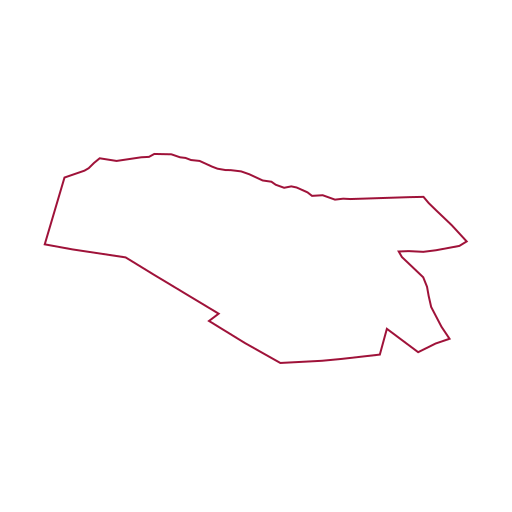 the district of Marilena, Paraná, Brazil, rotated 104°
{"feature_id": "56859067B17884571098695", "entity_name": "Marilena", "entity_type": "district", "adm_level": 2, "iso_a3": "BRA", "parent_name": "Brazil", "parent_adm1": "Paraná", "projection": "natural_earth1", "projection_center": [-53.085, -22.737], "detail": "fine", "context": "isolated", "style": "outline", "palette": "rose", "viewbox_px": 512, "rotation_deg": 104, "n_neighbors": 0, "source": "geoboundaries", "source_scale": "gbopen_adm2", "svg_char_len": 955}
<svg xmlns="http://www.w3.org/2000/svg" viewBox="0 0 512 512"><g transform="rotate(104 256 256)"><path d="M190.9,55.1L178.8,73.5L168.2,92.1L162.9,101.2L158.1,107.8L161.9,121.8L170.5,152.1L174.2,165.1L177.9,178.2L179.3,185.3L182.2,193.0L180.9,206.0L184.1,216.2L181.8,221.4L179.7,233.2L179.9,238.6L183.0,245.2L182.1,254.1L180.2,259.0L181.1,267.8L178.3,282.3L177.5,290.9L178.8,301.3L180.0,306.5L180.6,314.5L179.9,320.3L177.4,333.7L178.6,342.3L177.9,348.1L178.6,353.6L177.8,362.7L181.6,379.4L185.7,383.8L188.0,391.3L197.5,414.3L199.0,431.3L204.9,435.7L211.3,439.6L214.7,443.1L226.2,460.8L295.8,463.8L294.0,435.7L288.9,382.2L298.7,351.1L321.0,278.3L330.4,285.9L343.1,245.8L353.9,206.5L341.7,166.6L335.1,147.9L321.7,112.0L295.0,111.4L310.1,75.4L297.5,60.6L289.5,48.2L279.8,58.9L263.1,73.7L253.0,78.8L244.5,82.6L236.2,88.6L221.7,114.2L217.1,118.6L214.3,109.0L211.5,94.7L206.9,82.8L197.0,61.1L190.9,55.1Z" fill="none" stroke="#9f1239" stroke-width="2"/></g></svg>